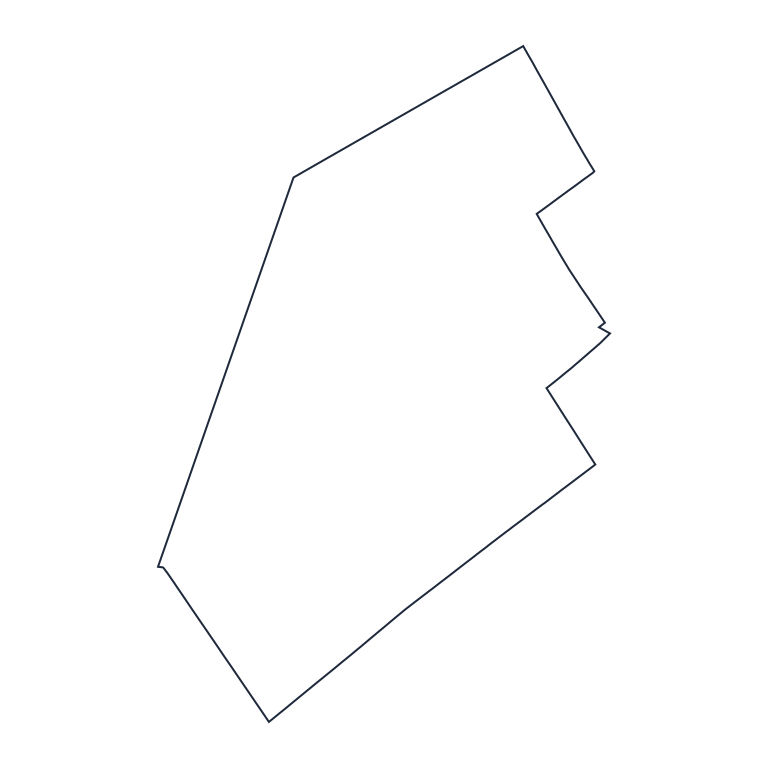 Comuna 12, Ciudad de Buenos Aires, Argentina (Equal Earth projection)
{"feature_id": "61730980B70807838850882", "entity_name": "Comuna 12", "entity_type": "district", "adm_level": 2, "iso_a3": "ARG", "parent_name": "Argentina", "parent_adm1": "Ciudad de Buenos Aires", "projection": "equal_earth", "projection_center": [-58.485, -34.566], "detail": "fine", "context": "isolated", "style": "outline", "palette": "slate", "viewbox_px": 768, "rotation_deg": 0, "n_neighbors": 0, "source": "geoboundaries", "source_scale": "gbopen_adm2", "svg_char_len": 2249}
<svg xmlns="http://www.w3.org/2000/svg" viewBox="0 0 768 768"><path d="M209.4,419.1L186.4,485.3L169.2,534.7L158.0,566.8L158.4,566.9L159.9,567.0L161.1,567.2L162.6,567.3L162.9,567.4L163.5,567.9L164.0,568.5L165.0,569.9L165.8,571.0L166.5,571.8L166.6,572.0L167.1,572.6L172.6,580.6L173.6,582.0L177.4,587.7L178.6,589.4L186.0,600.3L187.0,601.8L192.0,609.2L198.1,618.1L199.1,619.6L204.2,627.0L210.7,636.5L217.8,646.9L224.9,657.4L231.8,667.4L239.0,678.0L245.0,686.8L251.0,695.6L252.2,697.4L257.0,704.4L263.0,713.2L268.9,721.9L270.4,720.7L281.2,711.9L283.2,710.3L293.4,701.9L305.7,691.8L317.5,682.1L328.0,673.6L338.5,665.0L341.6,662.4L343.7,660.7L349.0,656.4L354.2,652.1L357.3,649.5L359.4,647.8L369.7,639.1L375.0,634.7L380.1,630.4L385.3,626.1L390.5,621.7L397.2,616.1L402.7,611.6L404.3,610.2L410.6,605.3L420.5,597.7L430.4,590.1L431.7,589.2L438.4,584.0L441.6,581.5L447.4,577.1L455.8,570.6L456.5,570.0L457.6,569.2L465.6,563.0L475.0,555.8L476.2,554.8L480.9,551.2L482.5,550.0L483.7,549.1L492.4,542.3L494.7,540.6L497.8,538.2L502.0,535.0L505.9,532.0L510.0,529.0L511.6,527.7L526.0,516.9L531.4,512.8L531.7,512.6L532.9,511.7L535.0,510.1L542.3,504.6L543.1,504.0L543.6,503.7L544.9,502.8L551.0,498.1L552.3,497.1L559.5,491.6L560.9,490.5L569.6,484.0L578.3,477.4L585.6,471.9L593.4,466.0L595.3,464.5L588.3,453.6L581.4,442.8L573.8,430.8L566.7,419.8L559.5,408.5L551.9,396.6L546.5,388.1L550.0,385.4L550.3,385.1L555.3,381.2L564.9,373.3L571.6,367.9L573.5,366.2L581.2,359.6L590.4,351.6L599.3,343.9L600.3,343.0L609.2,334.2L610.0,333.4L606.1,331.3L599.0,327.3L604.9,322.7L598.5,313.2L591.8,303.3L587.5,296.9L585.1,293.5L580.8,287.3L577.0,281.5L569.6,270.3L563.2,259.7L560.5,255.2L555.0,245.7L552.3,241.1L550.1,237.2L544.5,227.6L536.7,213.9L544.7,208.1L552.7,202.2L560.4,196.5L568.3,190.7L576.2,185.0L580.5,181.8L584.0,179.2L592.6,173.0L594.3,171.4L594.0,170.8L591.4,166.5L590.9,165.8L589.9,164.1L588.2,161.3L587.1,159.3L585.6,156.9L583.1,152.7L578.2,144.1L573.6,136.2L568.3,126.6L563.4,117.9L558.3,108.7L552.8,98.8L547.8,89.8L542.7,80.7L537.4,71.3L532.2,61.8L527.6,53.9L527.3,53.4L527.0,52.8L526.5,51.9L525.2,49.7L524.5,48.4L523.7,47.0L523.2,46.1L441.1,93.0L317.2,163.9L293.5,177.5L277.5,223.5L255.5,286.7L244.9,317.1L209.4,419.1Z" fill="none" stroke="#1e293b" stroke-width="2"/></svg>